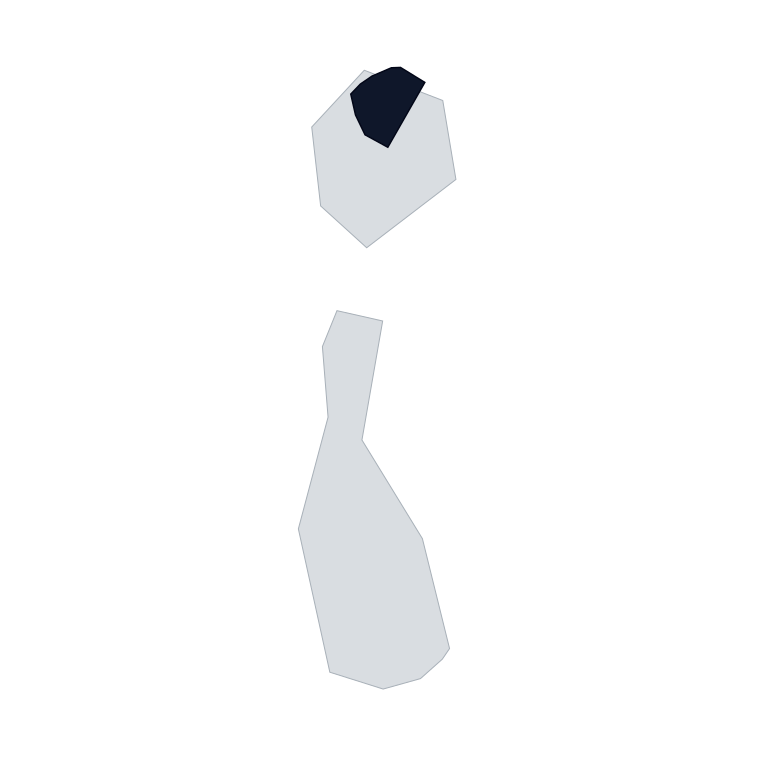 Saint George Gingerland highlighted on a map of Saint Kitts and Nevis, rotated 225°
{"feature_id": "KNA-5102", "entity_name": "Saint George Gingerland", "entity_type": "Parish", "adm_level": 1, "iso_a3": "KNA", "parent_name": "Saint Kitts and Nevis", "parent_adm1": "", "projection": "orthographic", "projection_center": [-62.55, 17.125], "detail": "fine", "context": "in_parent", "style": "filled", "palette": "ink", "viewbox_px": 768, "rotation_deg": 225, "n_neighbors": 0, "source": "natural_earth", "source_scale": "10m", "svg_char_len": 594}
<svg xmlns="http://www.w3.org/2000/svg" viewBox="0 0 768 768"><g transform="rotate(225 384 384)"><path d="M469.1,402.6L429.5,427.6L360.0,328.8L247.5,301.8L150.6,243.3L148.2,230.7L149.9,201.5L168.9,167.7L218.5,141.9L342.1,221.0L400.1,321.0L454.0,366.9L469.1,402.6ZM619.8,591.9L542.9,626.0L477.8,579.5L492.6,468.1L554.7,465.1L616.8,514.6L619.8,591.9Z" fill="#d9dde1" stroke="#a8b0b8" stroke-width="1"/><path d="M612.5,565.5L612.8,579.4L610.2,593.3L602.4,612.8L596.2,619.5L568.4,626.1L548.7,554.1L573.6,546.8L594.4,554.1L612.5,565.5Z" fill="#0f172a" stroke="#020617" stroke-width="1.5"/></g></svg>